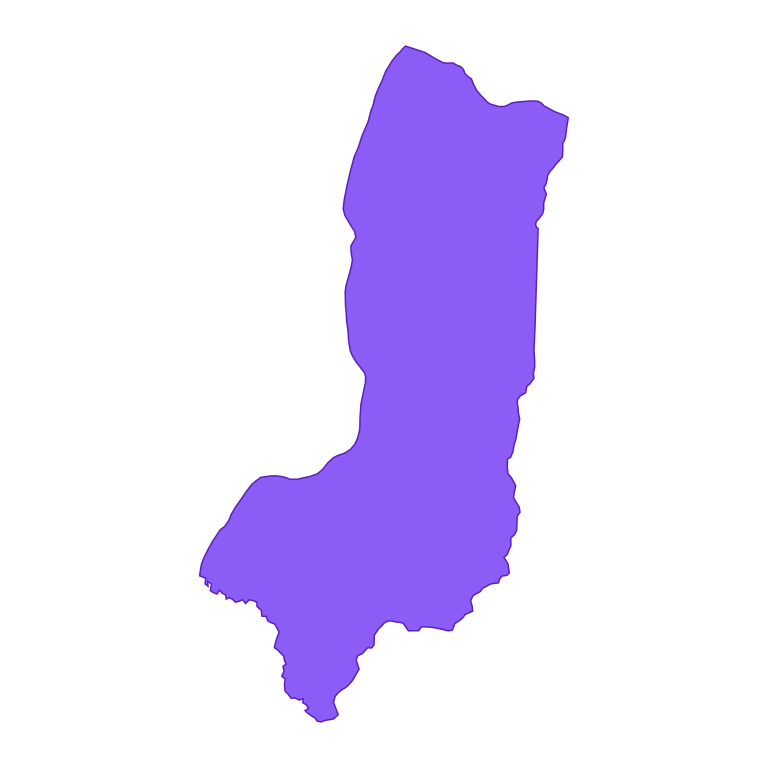 Castilho, São Paulo, Brazil
{"feature_id": "56859067B68099845799403", "entity_name": "Castilho", "entity_type": "district", "adm_level": 2, "iso_a3": "BRA", "parent_name": "Brazil", "parent_adm1": "São Paulo", "projection": "natural_earth1", "projection_center": [-51.587, -20.896], "detail": "fine", "context": "isolated", "style": "filled", "palette": "violet", "viewbox_px": 768, "rotation_deg": 0, "n_neighbors": 0, "source": "geoboundaries", "source_scale": "gbopen_adm2", "svg_char_len": 3709}
<svg xmlns="http://www.w3.org/2000/svg" viewBox="0 0 768 768"><path d="M568.3,117.7L563.6,115.1L554.4,111.5L544.4,106.1L540.8,102.6L537.7,101.2L534.0,101.0L528.7,101.1L517.3,102.0L511.7,103.0L508.5,104.8L504.3,106.5L498.4,106.5L489.9,103.9L487.2,102.0L480.5,95.0L476.8,90.6L473.6,84.6L471.4,78.9L467.9,76.4L465.0,73.6L463.4,69.4L460.8,66.7L457.2,65.4L452.9,62.9L447.9,63.2L443.3,62.8L435.3,58.7L425.1,52.5L405.5,46.1L403.1,48.3L399.1,53.0L396.6,55.1L391.8,61.3L385.7,71.3L381.9,81.0L379.3,86.3L375.7,95.0L374.1,100.8L373.0,105.5L371.0,110.6L368.0,122.0L361.8,136.4L359.0,145.3L357.6,149.2L355.9,153.1L354.3,156.5L350.2,171.9L346.8,186.6L344.2,199.9L343.2,208.9L345.0,215.6L351.2,226.1L354.5,231.3L355.9,237.3L350.9,245.9L351.1,252.5L352.4,259.8L351.7,264.5L350.9,268.2L348.6,276.5L347.3,281.0L346.1,285.5L345.2,291.5L345.3,297.3L345.5,305.7L346.3,314.2L346.6,320.6L347.4,326.4L348.1,332.0L348.6,341.0L350.4,351.2L352.4,355.8L356.1,362.0L360.5,367.6L364.5,372.8L365.6,376.6L365.4,382.9L361.0,403.7L360.1,416.7L359.8,428.9L357.8,437.7L355.0,443.9L350.3,449.6L344.0,453.4L338.2,455.3L333.4,457.7L328.3,462.3L322.3,469.7L317.4,473.8L314.1,475.0L310.5,476.3L297.4,479.2L289.9,479.2L285.5,477.5L280.2,476.3L276.2,475.9L271.3,475.9L260.9,477.3L256.2,480.7L251.8,484.4L245.6,492.4L242.2,497.8L235.7,506.8L231.1,514.6L229.4,519.4L226.3,524.1L224.3,526.8L220.2,529.7L216.7,535.1L212.6,541.3L208.3,549.0L206.4,552.8L203.8,558.1L201.5,564.0L200.2,571.4L199.7,575.8L205.7,578.3L205.1,583.9L208.0,586.3L207.7,581.5L211.5,583.9L210.3,590.7L213.3,592.6L216.9,594.1L219.5,590.1L222.2,593.2L225.7,595.1L226.2,599.1L229.3,597.7L232.7,599.4L235.4,602.2L239.1,601.3L242.7,599.7L245.6,603.5L249.3,599.8L253.6,600.7L257.0,602.5L256.9,606.4L261.3,610.5L261.9,616.1L266.3,616.5L267.7,620.8L270.7,622.5L274.9,624.2L277.5,628.9L279.1,632.3L277.0,637.6L275.4,642.9L274.4,647.7L277.7,650.0L280.3,652.8L283.6,655.9L284.4,660.2L286.1,664.0L283.0,666.4L284.0,671.0L281.8,676.3L285.2,679.0L284.4,684.6L285.1,691.2L288.3,694.4L290.9,698.1L295.5,698.1L299.1,700.1L303.2,698.8L302.8,702.7L306.1,704.7L308.6,708.4L305.1,710.5L307.4,713.0L311.1,715.7L314.9,718.0L317.4,721.2L321.1,721.9L325.4,720.4L329.8,719.6L333.4,719.0L338.2,714.7L333.5,702.3L335.2,696.3L338.2,692.8L341.6,689.9L345.4,687.7L348.8,684.8L352.7,680.2L359.1,669.0L357.3,663.7L356.1,659.6L357.9,655.7L362.8,653.2L367.6,647.8L371.7,647.9L374.0,645.0L374.4,635.1L378.4,629.1L384.9,622.5L388.2,621.0L391.4,621.0L395.5,621.9L399.8,622.3L403.2,623.3L408.4,630.8L418.6,630.7L421.7,626.7L427.1,627.0L432.3,627.4L440.3,628.9L444.6,629.9L448.2,630.9L452.4,630.1L454.9,623.5L460.1,620.2L463.1,617.4L465.0,614.6L472.7,611.1L472.2,606.4L470.7,600.6L473.0,595.7L480.2,591.6L482.7,588.2L485.9,586.6L489.7,584.3L493.1,583.5L498.5,582.9L499.7,578.9L502.0,576.1L506.9,575.3L509.3,573.0L508.1,564.3L506.2,560.9L503.9,557.3L507.2,554.6L509.0,549.9L510.9,545.8L510.8,538.0L514.6,534.6L516.7,530.1L517.2,516.3L520.0,512.2L519.1,506.8L515.4,501.2L513.5,497.3L514.1,493.6L515.7,485.6L511.3,477.5L508.1,473.9L507.2,466.7L507.6,458.9L510.6,457.3L512.9,451.8L513.6,447.4L514.6,443.1L515.9,439.2L516.9,433.0L518.3,425.6L519.7,419.2L518.5,413.6L518.0,407.0L517.2,403.1L517.7,399.4L520.0,396.1L525.7,392.7L526.8,386.3L529.6,384.1L533.9,378.5L533.4,373.0L534.7,367.3L534.7,361.5L534.3,355.4L534.0,350.1L534.2,346.2L534.9,330.1L537.0,264.7L537.9,235.6L538.1,228.6L535.7,226.0L536.0,222.0L539.0,218.5L542.6,213.8L543.7,209.5L543.7,202.8L546.4,194.0L543.9,188.0L546.0,183.9L547.1,179.5L547.5,175.8L550.1,171.3L553.2,167.9L556.0,164.1L559.6,160.2L562.4,157.0L562.8,151.3L562.7,143.4L564.7,139.9L565.7,135.9L566.2,131.3L566.8,126.9L567.6,121.8L568.3,117.7Z" fill="#8b5cf6" stroke="#5b21b6" stroke-width="1.5"/></svg>